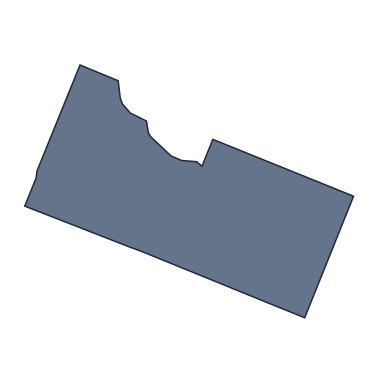 Major, Oklahoma, United States of America (Mercator projection), rotated 22°
{"feature_id": "52423323B7041002082937", "entity_name": "Major", "entity_type": "district", "adm_level": 2, "iso_a3": "USA", "parent_name": "United States of America", "parent_adm1": "Oklahoma", "projection": "mercator", "projection_center": [-98.633, 36.334], "detail": "fine", "context": "isolated", "style": "filled", "palette": "slate", "viewbox_px": 384, "rotation_deg": 22, "n_neighbors": 0, "source": "geoboundaries", "source_scale": "gbopen_adm2", "svg_char_len": 427}
<svg xmlns="http://www.w3.org/2000/svg" viewBox="0 0 384 384"><g transform="rotate(22 192 192)"><path d="M305.9,266.4L343.6,266.4L343.4,135.4L191.6,135.4L191.6,164.3L184.9,162.2L170.4,166.7L159.1,166.4L132.9,156.2L129.4,153.5L123.2,143.3L105.2,141.9L94.6,136.5L90.4,132.0L81.9,116.5L40.6,116.2L40.4,230.5L42.2,237.4L42.2,267.8L155.0,266.4L167.6,266.0L305.9,266.4Z" fill="#64748b" stroke="#1e293b" stroke-width="1.5"/></g></svg>